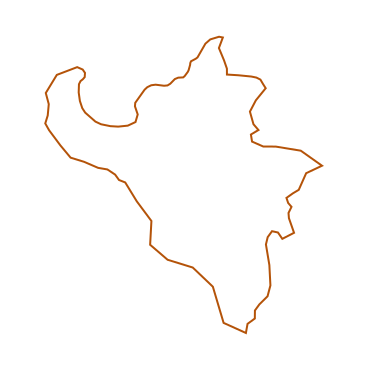 SVG path tracing the border of Azua, rotated 170°
{"feature_id": "DOM-1974", "entity_name": "Azua", "entity_type": "Province", "adm_level": 1, "iso_a3": "DOM", "parent_name": "Dominican Republic", "parent_adm1": "", "projection": "mercator", "projection_center": [-70.822, 18.624], "detail": "fine", "context": "isolated", "style": "outline", "palette": "amber", "viewbox_px": 384, "rotation_deg": 170, "n_neighbors": 0, "source": "natural_earth", "source_scale": "10m", "svg_char_len": 1421}
<svg xmlns="http://www.w3.org/2000/svg" viewBox="0 0 384 384"><g transform="rotate(170 192 192)"><path d="M283.4,334.9L278.4,331.6L276.7,327.9L277.7,323.8L279.9,322.0L282.5,320.6L284.6,317.8L286.3,309.7L286.6,301.1L285.5,293.6L283.4,288.7L274.9,278.1L269.8,274.5L260.9,271.0L253.3,269.2L243.7,268.5L235.5,270.7L232.0,277.8L233.3,286.3L232.4,289.7L220.9,301.0L217.8,303.0L213.6,304.2L209.2,304.0L201.1,301.5L197.6,301.2L194.6,302.4L189.3,306.2L185.7,307.0L180.8,306.4L179.1,307.4L175.3,311.0L174.2,312.5L171.8,317.5L171.3,319.3L170.3,320.9L165.1,322.6L163.2,323.6L153.0,335.8L147.5,339.1L138.4,340.2L134.8,338.8L140.5,329.1L137.6,316.1L136.2,307.4L137.2,301.6L126.0,298.9L113.5,295.4L108.7,293.5L105.1,290.8L103.3,286.0L101.4,281.4L113.2,271.2L121.0,261.1L119.7,248.1L115.8,241.5L124.0,238.4L124.1,231.2L113.9,224.4L101.7,222.2L77.7,213.8L59.4,195.3L76.3,190.7L86.5,175.6L92.8,173.2L100.0,169.8L99.2,164.5L96.6,160.1L100.6,154.6L101.1,149.4L98.6,134.1L111.2,130.2L114.4,137.2L120.0,139.5L125.3,134.4L128.3,127.5L128.5,106.6L131.0,86.4L135.7,76.2L145.2,69.6L150.6,64.4L152.1,56.5L160.2,52.5L163.4,43.8L183.6,57.6L187.9,95.1L204.4,117.5L227.8,129.5L242.4,147.3L237.0,170.5L248.0,192.4L256.1,213.0L261.8,216.5L264.7,222.5L271.4,228.9L280.3,232.1L293.1,240.5L305.6,246.9L313.5,260.7L322.0,277.6L324.6,285.0L320.8,292.4L317.8,303.4L318.8,314.9L304.8,330.8L283.4,334.9Z" fill="none" stroke="#b45309" stroke-width="2"/></g></svg>